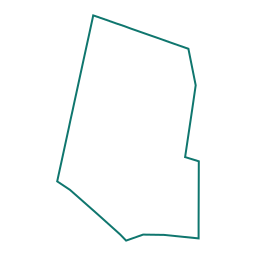 the district of Santa Cruz Papalutla, Oaxaca, Mexico
{"feature_id": "50627088B11288267250354", "entity_name": "Santa Cruz Papalutla", "entity_type": "district", "adm_level": 2, "iso_a3": "MEX", "parent_name": "Mexico", "parent_adm1": "Oaxaca", "projection": "natural_earth1", "projection_center": [-96.589, 16.954], "detail": "fine", "context": "isolated", "style": "outline", "palette": "teal", "viewbox_px": 256, "rotation_deg": 0, "n_neighbors": 0, "source": "geoboundaries", "source_scale": "gbopen_adm2", "svg_char_len": 1130}
<svg xmlns="http://www.w3.org/2000/svg" viewBox="0 0 256 256"><path d="M198.6,222.2L198.7,193.7L198.8,161.3L185.1,157.1L192.3,108.7L195.7,85.3L188.4,48.8L171.0,42.7L156.4,37.5L150.6,35.5L144.3,33.3L137.2,30.8L130.6,28.5L123.4,25.8L123.0,25.7L122.6,25.6L122.0,25.3L121.2,25.1L120.2,24.7L119.6,24.6L119.0,24.3L118.3,24.1L117.8,24.0L117.7,23.9L117.3,23.8L116.7,23.6L116.1,23.4L115.5,23.2L114.8,22.9L113.9,22.6L113.1,22.3L112.4,22.1L111.8,21.8L111.7,21.8L111.1,21.6L110.4,21.4L109.7,21.1L109.1,20.9L108.7,20.7L107.7,20.4L107.2,20.2L106.7,20.0L106.2,19.8L105.6,19.7L105.1,19.5L104.6,19.3L103.8,19.0L103.4,18.9L103.1,18.8L102.9,18.7L102.5,18.6L101.8,18.3L101.4,18.2L100.8,18.0L100.4,17.9L99.7,17.6L99.1,17.4L98.4,17.1L97.7,16.9L97.1,16.7L96.7,16.6L95.9,16.3L95.4,16.1L94.7,15.9L94.1,15.7L93.6,15.5L93.2,15.4L92.6,18.4L90.8,26.7L89.0,35.0L87.0,44.1L83.4,60.6L81.6,68.9L78.0,85.5L76.2,93.8L74.4,102.0L72.6,110.4L70.4,120.3L69.0,127.0L67.2,135.3L63.6,151.9L61.8,160.2L58.2,176.7L57.2,181.4L69.9,189.8L97.8,214.4L120.3,234.6L126.1,240.6L143.1,234.6L164.0,234.9L198.6,238.4L198.6,222.2Z" fill="none" stroke="#0f766e" stroke-width="2"/></svg>